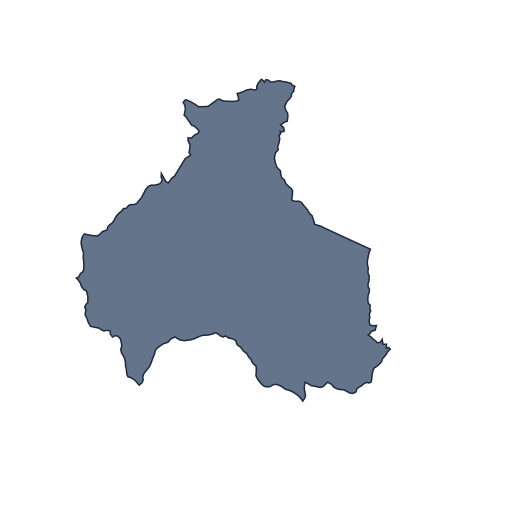 outline of Brotas, São Paulo, Brazil, rotated 208°
{"feature_id": "56859067B5595696785316", "entity_name": "Brotas", "entity_type": "district", "adm_level": 2, "iso_a3": "BRA", "parent_name": "Brazil", "parent_adm1": "São Paulo", "projection": "orthographic", "projection_center": [-48.081, -22.291], "detail": "fine", "context": "isolated", "style": "filled", "palette": "slate", "viewbox_px": 512, "rotation_deg": 208, "n_neighbors": 0, "source": "geoboundaries", "source_scale": "gbopen_adm2", "svg_char_len": 4712}
<svg xmlns="http://www.w3.org/2000/svg" viewBox="0 0 512 512"><g transform="rotate(208 256 256)"><path d="M404.3,152.2L402.0,151.5L398.4,149.6L396.1,147.4L394.1,146.3L391.9,145.4L389.4,145.7L387.2,143.2L385.5,141.4L384.1,138.7L382.7,136.1L383.3,133.9L383.3,130.4L380.7,128.5L380.3,126.2L378.9,123.4L375.9,121.6L373.9,119.4L371.9,118.0L369.1,116.2L364.0,117.6L360.6,118.7L357.7,118.2L355.1,118.4L352.9,120.3L349.8,121.4L348.0,118.7L344.7,117.1L342.9,119.5L340.3,120.4L337.1,119.3L334.6,116.7L332.3,113.7L331.6,110.0L329.3,107.4L326.5,105.7L323.6,103.6L321.1,100.4L319.7,97.8L317.9,95.9L316.1,93.2L314.2,90.6L312.2,89.2L309.3,89.9L304.6,89.5L298.5,87.1L297.1,90.8L297.4,93.6L299.0,95.7L299.8,98.5L299.5,101.5L298.9,104.5L298.2,107.6L298.2,110.3L298.8,114.9L299.3,118.7L299.8,122.7L300.4,124.8L300.3,127.5L298.8,130.8L296.7,134.9L294.9,136.7L293.2,138.6L292.3,142.5L289.6,146.5L286.4,146.3L283.6,146.2L279.5,147.6L277.3,149.2L274.7,150.9L271.5,154.1L269.2,157.1L267.5,159.3L265.3,161.3L262.4,162.9L260.1,164.6L257.4,167.1L255.6,169.3L252.5,169.3L250.0,168.7L246.8,169.1L245.3,171.2L241.9,170.7L237.6,171.9L234.0,171.8L231.8,169.3L229.8,168.5L227.0,168.3L222.5,166.2L217.8,165.3L215.4,163.5L212.0,162.4L209.1,160.1L206.4,159.2L204.0,158.6L202.7,156.3L201.3,153.7L199.9,150.3L196.1,147.6L192.3,146.0L189.7,145.1L187.3,144.8L184.9,145.6L182.3,147.2L180.3,150.6L178.1,152.0L175.3,152.7L171.5,152.7L167.4,152.1L165.3,152.7L162.5,153.1L159.9,153.2L156.5,153.0L153.6,152.6L150.9,151.8L148.9,151.0L146.6,149.8L146.2,153.5L146.7,155.9L148.6,158.4L150.7,161.0L152.3,164.0L153.4,167.5L150.2,167.7L146.6,167.4L142.8,168.6L137.7,170.1L135.4,172.2L133.5,178.2L128.6,178.1L126.2,176.8L123.9,176.7L120.9,176.9L116.0,178.9L113.5,179.1L109.1,179.0L105.9,180.1L103.9,182.9L104.6,186.1L103.4,188.6L101.9,190.9L100.7,194.1L99.0,196.3L96.6,196.9L95.2,198.6L96.0,201.5L97.0,204.0L98.2,207.1L99.0,210.5L99.0,212.8L97.4,215.5L96.1,219.0L95.5,221.9L96.1,224.7L95.4,227.3L94.9,230.0L94.8,233.3L93.7,236.8L95.7,237.6L97.7,235.9L99.4,239.4L102.2,237.7L104.1,239.8L105.5,241.7L105.8,238.0L108.2,236.3L110.3,237.1L113.6,237.6L116.5,238.6L119.9,238.8L118.8,241.4L118.7,243.7L116.0,246.2L117.0,251.2L120.1,249.3L122.6,248.5L124.4,250.1L125.7,252.0L126.6,255.0L128.7,257.9L128.9,261.3L130.9,263.2L132.1,266.2L135.0,267.2L137.0,270.4L138.4,273.5L139.2,277.6L140.3,279.9L142.6,281.6L143.9,283.7L144.5,286.9L145.6,289.3L146.6,291.5L148.4,292.8L149.8,294.6L151.0,297.8L153.1,300.1L155.0,303.0L156.0,306.1L157.2,309.8L157.9,313.2L158.1,315.7L178.5,314.5L209.4,312.8L212.3,312.9L215.5,312.2L219.1,311.5L221.5,314.2L223.2,315.8L225.4,317.9L229.0,318.9L232.2,320.9L235.6,322.3L238.3,323.3L240.9,324.7L243.9,324.5L246.1,323.2L248.2,322.3L250.4,322.2L251.6,324.2L252.8,327.7L254.6,331.1L256.9,332.2L259.1,332.6L261.4,333.2L263.6,333.9L266.6,336.5L270.0,337.1L272.4,339.6L274.2,342.5L279.4,344.3L282.8,347.4L284.0,349.1L285.5,350.7L286.7,353.9L287.2,356.7L286.2,360.1L288.2,362.8L288.9,367.3L290.4,371.3L292.1,372.9L291.7,375.6L293.2,377.4L291.0,377.8L289.7,379.6L291.8,382.4L295.9,383.2L294.7,385.4L293.9,387.4L291.7,389.6L292.5,392.1L294.1,395.5L295.4,397.2L297.5,398.2L299.3,399.9L301.0,401.8L301.0,404.3L301.2,407.1L300.1,410.6L299.8,413.7L300.8,415.9L300.1,419.5L301.1,421.5L301.3,424.1L304.0,423.8L306.6,424.9L308.9,424.3L312.1,423.5L314.1,422.6L316.7,422.1L319.1,420.8L321.6,418.5L324.4,416.4L327.9,417.1L330.1,416.2L330.0,413.4L332.1,414.3L334.3,414.5L335.2,409.8L335.0,406.1L333.6,403.9L334.9,401.9L338.6,401.0L342.2,398.2L344.5,395.0L346.6,392.8L348.9,390.5L346.8,388.6L344.3,385.5L346.8,382.9L348.8,381.8L351.5,380.3L354.6,379.0L356.7,377.8L359.3,377.3L361.6,377.5L363.4,376.4L368.5,365.7L372.5,363.2L376.9,360.8L380.6,361.3L385.3,361.5L388.0,361.4L391.5,361.0L392.5,357.5L389.5,355.6L387.2,352.3L386.3,349.1L385.6,346.6L383.0,345.9L376.9,342.7L374.3,341.3L371.2,341.6L367.3,340.6L364.6,339.5L364.9,336.9L367.0,334.2L368.4,329.8L371.5,328.5L370.1,325.9L366.3,323.0L364.7,319.1L363.7,315.8L361.0,314.7L362.9,311.1L364.2,308.9L365.3,290.9L365.5,287.8L366.7,285.9L367.8,279.4L370.5,279.4L378.3,284.4L376.8,281.1L374.7,279.5L374.2,276.9L375.0,274.3L377.3,272.3L379.0,270.7L381.7,269.5L383.9,266.7L384.7,262.7L384.5,259.2L384.6,256.6L384.4,254.1L385.5,249.7L385.8,246.7L387.8,244.2L391.5,242.1L392.5,239.7L392.8,237.3L395.4,235.6L395.6,233.1L397.1,229.6L397.9,226.6L398.2,223.9L398.0,220.8L398.6,217.3L399.8,215.0L400.5,212.5L399.8,209.1L401.4,207.2L403.0,205.7L403.8,202.8L405.2,199.4L407.9,198.2L410.3,197.1L413.4,196.2L418.0,194.8L418.3,190.8L417.1,186.6L415.8,184.3L413.2,181.1L409.6,177.5L407.7,173.2L405.6,170.3L403.8,167.3L401.7,163.3L401.6,160.4L402.8,158.2L402.7,154.3L404.3,152.2Z" fill="#64748b" stroke="#1e293b" stroke-width="1.5"/></g></svg>